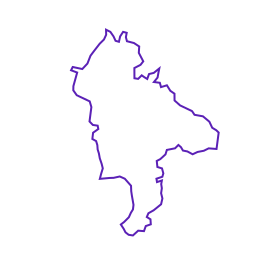 Nova Candelária, Rio Grande do Sul, Brazil, rotated 51°
{"feature_id": "56859067B5829656226463", "entity_name": "Nova Candelária", "entity_type": "district", "adm_level": 2, "iso_a3": "BRA", "parent_name": "Brazil", "parent_adm1": "Rio Grande do Sul", "projection": "natural_earth1", "projection_center": [-54.119, -27.603], "detail": "fine", "context": "isolated", "style": "outline", "palette": "violet", "viewbox_px": 256, "rotation_deg": 51, "n_neighbors": 0, "source": "geoboundaries", "source_scale": "gbopen_adm2", "svg_char_len": 1574}
<svg xmlns="http://www.w3.org/2000/svg" viewBox="0 0 256 256"><g transform="rotate(51 128 128)"><path d="M214.6,191.8L214.2,184.7L218.2,180.5L215.4,175.9L217.2,170.9L213.1,168.0L209.0,169.4L207.1,165.8L208.1,159.7L208.1,150.3L204.4,145.6L199.5,143.3L196.1,139.6L192.5,137.5L190.1,134.7L188.3,139.5L185.3,137.8L187.5,132.0L185.5,129.1L180.8,127.0L176.8,129.7L171.7,126.4L172.5,122.5L172.1,115.5L169.5,111.6L173.4,104.2L172.9,99.5L176.2,98.9L180.1,99.5L183.6,96.6L189.1,94.3L190.4,89.0L193.4,83.4L194.6,78.1L200.0,72.4L188.6,60.4L185.3,60.8L180.8,62.4L174.3,60.8L166.1,62.4L159.6,68.0L155.2,67.6L143.2,73.3L135.9,74.5L130.6,70.3L125.7,71.7L119.3,70.9L117.0,76.6L112.9,74.8L108.6,78.9L107.4,73.3L103.8,69.1L101.4,66.2L101.4,73.3L99.3,77.7L102.0,82.2L98.9,83.3L95.7,84.2L96.2,89.2L93.4,91.7L85.4,85.3L86.8,78.5L85.8,74.2L76.4,72.3L71.7,68.0L65.7,69.9L59.9,74.2L56.1,72.5L53.2,69.1L50.2,71.3L51.9,76.5L55.3,80.8L52.4,82.8L47.7,81.6L42.2,81.2L37.8,83.2L41.8,86.3L44.1,91.0L44.7,97.0L45.8,101.7L46.7,105.6L48.2,111.6L52.4,119.0L53.4,126.4L45.8,132.6L47.3,135.9L52.9,132.6L61.1,144.1L64.3,146.8L70.3,147.2L83.2,141.0L88.7,143.3L98.7,153.8L103.5,153.4L107.1,150.1L110.1,151.7L109.7,158.1L114.1,162.6L118.1,161.0L122.0,162.6L125.6,165.1L129.4,166.6L133.8,169.0L139.2,171.0L143.5,173.0L146.7,177.7L149.8,181.9L155.2,173.8L157.7,170.5L160.5,164.9L165.4,162.4L174.8,162.0L179.2,165.3L183.1,167.6L186.9,169.7L191.2,172.1L194.4,175.4L195.7,179.1L197.9,183.5L198.6,190.2L198.5,194.3L203.6,194.8L207.5,195.6L211.4,194.7L214.6,191.8Z" fill="none" stroke="#5b21b6" stroke-width="2"/></g></svg>